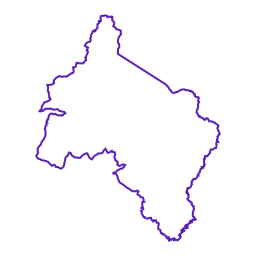 Páez, Cauca, Colombia
{"feature_id": "7082276B49685507148696", "entity_name": "Páez", "entity_type": "district", "adm_level": 2, "iso_a3": "COL", "parent_name": "Colombia", "parent_adm1": "Cauca", "projection": "albers", "projection_center": [-75.976, 2.736], "detail": "fine", "context": "isolated", "style": "outline", "palette": "violet", "viewbox_px": 256, "rotation_deg": 0, "n_neighbors": 0, "source": "geoboundaries", "source_scale": "gbopen_adm2", "svg_char_len": 5836}
<svg xmlns="http://www.w3.org/2000/svg" viewBox="0 0 256 256"><path d="M197.0,109.6L197.7,108.8L198.2,105.8L198.0,104.3L199.1,101.9L198.2,101.5L198.2,100.9L198.8,97.9L198.4,97.2L197.4,97.4L196.6,96.9L195.8,96.9L194.6,95.6L195.0,95.0L194.9,94.1L193.5,93.6L192.8,92.0L192.1,91.7L191.6,91.0L191.0,90.9L190.8,91.4L189.7,90.7L189.2,90.8L187.4,90.0L185.9,90.3L184.3,89.3L181.1,89.7L177.9,91.6L177.1,92.1L176.3,91.9L175.8,92.4L174.0,92.9L172.2,92.6L171.5,92.0L171.0,90.4L169.9,90.0L167.8,86.3L166.9,86.0L166.4,84.8L117.9,53.9L118.0,48.8L118.6,48.3L119.4,46.6L119.0,43.9L117.9,42.5L117.9,40.3L118.9,36.9L121.1,34.1L120.6,32.4L120.9,30.9L120.3,30.4L116.2,29.0L115.5,27.5L113.5,26.6L113.3,25.7L114.1,24.5L114.3,23.3L113.9,21.9L112.3,20.6L112.4,19.1L111.9,18.0L112.5,17.2L112.2,16.7L111.5,16.5L109.5,17.0L108.2,16.4L107.4,17.1L106.5,15.7L105.0,15.4L103.5,15.9L101.6,15.9L100.9,16.2L100.4,17.3L100.9,20.7L100.3,21.6L99.4,20.9L98.8,21.0L98.9,23.3L97.4,24.4L97.5,28.2L96.0,29.3L95.3,31.3L94.5,31.4L93.9,30.4L92.7,31.2L92.6,32.3L91.1,35.0L90.8,37.4L90.2,38.5L90.8,40.0L89.9,41.8L88.8,41.8L86.6,42.9L84.8,45.6L86.3,46.9L87.7,47.2L88.1,47.7L86.6,50.2L87.1,51.0L87.9,51.3L87.8,52.7L86.6,54.8L86.1,56.8L85.2,57.5L86.0,59.2L86.0,60.4L85.0,60.9L84.0,62.6L82.8,63.4L78.6,63.3L77.4,62.8L76.5,62.9L75.7,66.8L72.9,67.5L73.5,69.0L73.6,71.8L73.2,72.8L70.8,73.5L70.5,74.1L68.7,75.1L67.2,76.4L63.2,76.5L61.7,76.9L59.7,76.1L58.7,76.3L56.1,77.9L54.0,80.3L53.6,81.6L54.1,82.9L53.9,83.4L51.3,84.7L47.3,85.1L48.2,87.4L47.7,91.0L49.0,92.4L48.6,93.5L49.4,96.5L49.1,97.4L49.7,98.2L50.5,98.6L50.5,99.4L48.7,100.9L44.4,102.4L41.8,106.6L41.4,109.8L39.8,110.5L39.5,111.2L39.9,111.4L42.0,111.2L43.2,110.7L45.6,108.6L47.0,109.0L47.8,108.6L49.4,108.9L50.5,108.6L53.4,109.6L55.5,109.6L57.1,109.1L58.5,109.8L59.3,110.9L64.4,112.0L65.4,113.2L63.0,114.7L62.6,115.5L61.8,115.7L60.8,115.1L58.7,115.5L56.7,114.8L55.5,113.9L53.4,114.3L51.9,113.5L50.3,113.8L48.8,115.8L48.3,118.8L47.8,119.0L47.9,119.8L47.1,120.1L46.6,121.0L47.1,122.3L46.7,122.2L46.3,123.4L46.6,125.0L45.4,126.4L45.3,127.9L44.8,128.8L45.3,129.9L45.6,134.2L45.1,136.3L43.8,139.3L41.6,142.0L40.9,144.5L38.9,146.4L37.7,148.6L37.6,150.2L38.1,152.7L36.3,155.9L37.0,157.5L38.0,158.6L39.7,159.0L42.0,160.3L43.6,160.4L47.6,161.6L51.9,165.8L53.6,164.9L54.6,164.9L56.0,167.0L58.1,167.1L60.4,168.7L62.5,167.8L63.9,165.7L65.4,158.0L66.3,156.7L67.8,155.6L68.9,152.6L70.0,152.7L71.0,153.4L71.1,154.3L72.2,155.8L73.7,156.5L74.3,157.3L79.7,157.9L80.4,157.8L81.5,156.2L83.5,154.7L85.7,153.5L87.3,153.4L89.3,157.5L91.6,159.4L92.3,158.9L94.0,156.2L97.6,154.1L98.1,153.5L101.4,153.3L102.8,152.4L103.6,150.6L105.4,148.8L107.7,152.8L109.6,152.4L111.8,150.8L112.3,151.9L112.8,151.7L113.7,152.2L114.7,152.2L115.3,154.8L114.4,156.2L114.4,157.6L115.3,159.0L115.3,160.2L117.6,161.8L117.7,163.0L117.2,163.7L117.2,164.4L119.0,165.9L121.0,165.4L122.5,164.5L123.7,164.4L124.1,164.9L125.1,165.0L124.2,166.7L122.7,167.9L122.5,168.5L121.1,168.6L117.2,170.5L115.5,172.4L113.5,172.6L113.2,173.1L113.6,173.7L115.4,173.6L116.3,174.3L117.6,176.4L117.6,177.7L119.4,182.2L124.6,185.7L126.8,187.7L128.4,188.4L132.3,191.2L135.5,191.3L137.2,190.6L138.0,190.8L138.5,191.5L137.5,193.2L137.6,194.7L139.8,195.5L140.6,197.2L142.6,197.3L143.6,199.0L143.3,200.8L144.3,201.8L142.3,202.2L142.2,204.4L142.7,207.1L141.7,207.8L143.0,208.1L143.3,208.9L141.0,211.0L141.8,212.1L141.6,213.5L142.5,214.7L143.5,217.0L144.9,217.1L145.4,218.2L147.3,218.6L149.7,217.8L151.1,217.9L151.1,219.2L153.2,221.4L154.0,220.2L154.6,220.9L156.0,220.4L156.7,222.7L158.4,223.0L158.9,224.0L158.3,225.6L158.3,229.1L160.2,229.8L160.9,233.0L162.1,233.2L162.6,234.5L163.7,234.1L164.3,234.4L165.0,235.5L166.7,236.5L166.6,237.7L168.8,237.4L168.6,238.1L167.6,238.4L167.9,238.7L169.3,238.9L168.8,239.7L169.0,240.6L169.4,240.6L169.5,240.0L170.3,239.1L171.5,239.8L172.0,239.0L174.5,238.3L174.7,238.6L173.9,239.8L173.9,240.3L176.3,239.7L177.6,240.4L180.5,237.5L180.6,235.9L179.2,235.6L179.0,235.1L179.2,234.6L182.2,232.4L182.1,231.7L181.3,230.7L181.6,229.9L182.4,229.6L182.2,231.0L182.7,231.5L184.1,231.3L184.4,230.8L183.0,229.5L183.2,228.6L184.3,227.9L185.8,228.4L186.6,228.0L187.3,228.1L187.7,227.7L187.6,226.4L186.1,227.2L185.4,227.0L185.1,226.3L185.3,225.6L186.4,224.8L188.7,224.0L189.3,223.0L190.3,223.0L190.5,222.3L190.1,221.3L190.6,220.7L191.3,220.8L191.3,222.1L191.9,222.2L192.5,219.6L193.5,219.3L193.8,219.9L194.2,219.9L195.7,219.5L194.1,217.0L192.9,216.4L192.6,215.5L193.0,214.0L192.8,212.0L194.0,209.2L193.6,208.0L193.8,206.4L192.9,206.3L192.4,205.7L192.1,204.5L191.5,204.0L191.9,203.1L191.0,202.1L190.2,202.0L189.9,201.1L188.1,200.1L187.3,198.7L188.6,197.5L188.6,196.2L188.3,195.7L188.7,194.8L188.5,194.4L187.8,194.3L187.7,193.1L187.1,193.3L186.4,192.4L186.4,191.9L187.1,191.3L186.9,190.3L187.2,189.2L187.5,188.7L188.1,188.7L187.9,188.0L189.0,188.0L190.2,187.4L191.1,186.2L191.4,184.9L192.0,184.2L191.5,183.5L191.6,182.1L192.3,181.6L192.1,180.5L193.7,179.4L193.7,178.8L195.3,179.1L197.2,177.2L197.6,175.6L198.5,175.5L197.9,174.5L199.9,172.1L199.6,171.5L200.5,170.0L200.6,168.9L201.5,168.8L201.9,168.1L202.8,167.8L201.9,167.0L204.1,166.3L204.0,165.0L204.8,164.6L203.9,162.6L204.1,160.3L204.6,159.6L204.0,158.9L204.9,158.3L204.8,156.2L206.1,155.9L207.0,156.4L207.8,155.7L208.9,153.9L210.0,153.0L210.1,151.4L211.1,149.3L212.7,149.5L213.6,149.1L214.3,148.2L216.0,148.0L216.6,145.1L216.2,144.0L216.3,142.6L217.0,141.6L218.1,141.9L217.6,140.7L216.9,140.3L217.1,139.1L217.8,138.2L217.4,136.6L218.2,136.1L218.5,134.8L219.5,134.5L219.7,134.1L218.8,131.3L217.9,130.1L217.4,127.9L218.0,127.2L218.5,125.7L213.9,122.1L213.0,122.1L211.1,121.2L209.2,121.4L208.4,119.9L208.4,119.1L207.0,118.2L206.5,118.3L205.8,119.3L204.5,119.9L204.0,118.7L203.2,118.8L201.7,117.5L200.4,117.3L199.8,116.2L199.0,116.6L198.5,115.2L197.9,114.6L197.3,113.1L196.6,112.4L197.0,109.6Z" fill="none" stroke="#5b21b6" stroke-width="2"/></svg>